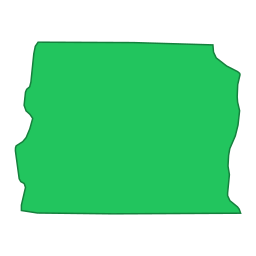 an SVG outline of Distrito Federal
{"feature_id": "BRA-599", "entity_name": "Distrito Federal", "entity_type": "Federal District", "adm_level": 1, "iso_a3": "BRA", "parent_name": "Brazil", "parent_adm1": "", "projection": "equal_earth", "projection_center": [-47.783, -15.766], "detail": "coarse", "context": "isolated", "style": "filled", "palette": "green", "viewbox_px": 256, "rotation_deg": 0, "n_neighbors": 0, "source": "natural_earth", "source_scale": "10m", "svg_char_len": 689}
<svg xmlns="http://www.w3.org/2000/svg" viewBox="0 0 256 256"><path d="M38.1,42.2L133.5,42.6L212.9,44.9L213.5,52.1L216.2,57.9L226.6,66.0L237.7,71.7L239.7,73.4L240.0,74.8L237.7,84.6L237.2,96.8L237.6,102.2L239.6,110.7L238.0,125.1L235.3,135.9L229.8,148.6L228.6,155.4L228.0,166.1L229.4,174.7L227.6,193.0L227.6,195.7L229.9,200.7L237.5,206.9L239.2,209.2L240.6,213.2L112.9,213.8L37.5,213.0L21.4,210.5L21.4,205.1L25.5,187.5L24.2,183.5L20.8,181.6L19.2,178.8L15.4,150.8L15.5,147.8L16.2,145.8L22.7,141.7L26.2,137.5L29.8,128.9L32.7,118.4L30.0,114.4L26.1,110.9L24.1,105.3L25.5,92.1L26.7,89.3L29.7,86.8L30.9,82.1L33.8,53.8L35.3,46.3L38.1,42.2Z" fill="#22c55e" stroke="#15803d" stroke-width="1.5"/></svg>